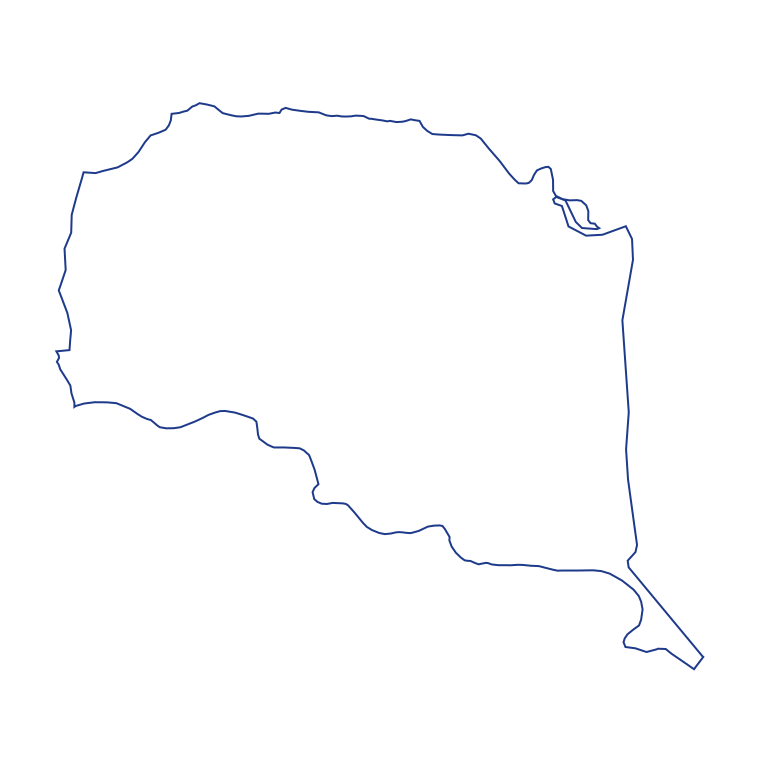 the district of Jablah, Lattakia, Syria, rotated 182°
{"feature_id": "27442178B5090378365720", "entity_name": "Jablah", "entity_type": "district", "adm_level": 2, "iso_a3": "SYR", "parent_name": "Syria", "parent_adm1": "Lattakia", "projection": "robinson", "projection_center": [36.065, 35.345], "detail": "fine", "context": "isolated", "style": "outline", "palette": "blue", "viewbox_px": 768, "rotation_deg": 182, "n_neighbors": 0, "source": "geoboundaries", "source_scale": "gbopen_adm2", "svg_char_len": 3684}
<svg xmlns="http://www.w3.org/2000/svg" viewBox="0 0 768 768"><g transform="rotate(182 384 384)"><path d="M692.6,350.3L691.5,351.2L683.1,354.0L672.4,355.7L660.5,356.0L650.8,355.5L636.8,350.3L629.4,345.5L625.0,342.9L619.7,340.8L617.7,340.3L615.8,339.9L613.6,338.2L609.2,334.7L607.2,333.4L606.6,333.0L600.0,332.1L592.5,332.5L585.9,333.7L571.6,339.9L564.1,343.7L558.3,347.0L552.0,349.5L546.7,351.2L541.8,351.5L531.7,350.2L523.8,348.0L518.8,346.5L513.7,344.9L510.2,341.9L509.4,337.4L509.0,335.1L508.2,329.2L506.6,324.9L498.3,319.3L495.2,318.0L491.7,316.7L482.4,317.1L471.8,317.0L466.1,316.8L464.3,316.0L463.0,315.4L461.7,314.8L459.5,312.9L456.4,310.4L454.1,305.1L450.3,295.8L446.0,281.6L449.9,277.6L451.6,273.4L449.7,266.6L446.5,263.9L442.1,262.2L436.8,262.1L431.1,263.4L427.1,263.3L421.4,263.3L417.9,262.8L415.7,261.5L409.2,254.7L400.1,244.4L396.2,240.6L390.9,237.6L383.5,234.9L377.8,234.0L372.0,234.8L367.1,236.1L364.0,236.5L360.5,236.4L356.1,236.0L352.1,235.9L344.1,238.4L335.2,243.0L329.0,244.2L323.7,244.6L320.7,244.2L318.1,241.2L314.4,235.4L313.1,233.3L313.2,229.9L310.7,223.9L306.3,217.9L301.1,213.2L297.2,210.6L294.1,210.2L291.5,210.2L287.1,208.4L283.2,207.1L276.1,208.8L273.9,208.7L269.9,207.4L262.9,206.9L250.9,207.3L243.4,208.0L238.6,208.0L231.1,207.5L222.7,207.4L217.0,206.1L208.6,204.3L204.2,203.5L199.4,203.8L180.4,204.5L178.8,204.6L178.1,204.6L177.1,204.7L174.9,204.8L168.2,205.1L160.3,204.6L151.9,202.4L139.3,195.9L128.1,187.7L127.5,187.3L121.9,180.9L119.4,175.3L117.7,167.7L118.8,157.5L120.7,151.6L126.1,147.4L131.9,142.4L134.6,138.1L135.6,134.3L133.5,129.6L123.4,128.6L112.3,125.3L102.1,128.4L101.0,129.0L97.1,129.0L93.2,129.0L87.0,124.3L86.0,123.7L75.3,116.9L64.2,109.8L62.3,112.6L58.9,117.4L55.4,122.4L56.4,123.2L133.1,209.3L134.3,215.9L126.8,224.8L125.5,232.0L129.8,256.7L136.8,297.2L139.8,327.1L138.4,364.3L148.0,456.0L139.5,516.8L140.9,534.2L141.2,537.6L147.8,550.1L161.2,544.7L170.8,540.8L187.2,539.3L205.1,547.9L212.4,568.1L219.7,570.4L221.4,574.4L218.4,577.0L209.0,573.7L198.0,552.7L191.6,546.8L176.6,546.2L174.4,547.3L176.4,548.5L179.0,551.6L183.2,551.9L185.7,555.0L185.8,563.2L185.9,564.1L188.1,569.6L193.2,573.9L197.5,574.5L204.9,574.0L212.0,575.0L218.8,578.0L221.7,582.8L222.2,594.0L224.8,604.7L227.3,606.8L230.2,606.4L234.4,604.9L238.6,602.8L241.4,598.2L242.5,595.3L243.4,593.0L246.2,590.1L248.7,589.4L251.9,589.3L256.5,589.3L260.8,593.0L266.5,598.9L276.2,610.9L287.4,622.9L295.9,632.7L300.9,635.8L308.3,637.1L314.3,635.2L326.0,635.1L337.3,635.2L344.4,635.5L349.7,638.5L354.1,642.3L355.7,644.9L357.7,648.2L359.7,648.4L363.0,648.8L366.5,649.4L372.0,647.4L375.2,646.7L380.8,646.2L387.2,647.2L389.8,646.6L395.0,647.4L401.0,648.0L405.7,648.6L408.1,648.6L413.5,651.0L416.7,651.2L422.0,651.2L425.9,650.4L430.8,650.0L435.4,649.9L440.0,650.5L445.5,649.9L451.2,650.5L458.7,653.2L469.3,653.4L476.4,654.0L485.2,654.9L492.0,656.5L495.9,654.7L497.9,651.2L502.2,651.5L508.5,650.0L515.3,649.9L519.2,649.8L528.3,647.3L535.7,646.4L541.1,646.4L546.4,647.3L554.7,649.1L563.3,655.6L571.1,657.2L578.2,658.2L581.7,656.0L585.3,654.6L590.1,650.3L594.0,649.2L598.3,647.7L605.7,646.6L606.3,639.9L608.0,635.0L611.1,630.5L618.1,627.2L625.9,624.3L631.3,617.4L637.5,607.2L643.4,600.2L648.3,596.6L657.8,591.2L671.9,587.2L679.6,584.7L691.6,585.1L691.8,584.4L692.6,580.9L698.4,558.1L698.7,556.7L702.0,542.2L701.9,524.3L708.0,508.1L706.1,486.8L710.5,472.0L711.9,467.5L712.3,466.2L708.2,456.5L706.0,451.2L704.7,448.2L702.9,443.8L698.6,426.9L698.8,422.9L699.0,419.3L699.1,417.9L699.5,406.9L712.6,405.2L710.0,401.0L709.7,398.6L711.7,394.7L709.7,391.9L708.1,387.4L701.9,378.4L701.1,377.2L697.4,371.5L696.0,363.7L692.8,354.7L692.6,350.3Z" fill="none" stroke="#1e3a8a" stroke-width="2"/></g></svg>